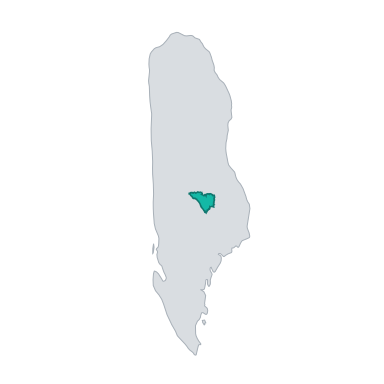 Fenoarivobe, Bongolava, Madagascar (highlighted), rotated 164°
{"feature_id": "10022922B23923498940873", "entity_name": "Fenoarivobe", "entity_type": "district", "adm_level": 2, "iso_a3": "MDG", "parent_name": "Madagascar", "parent_adm1": "Bongolava", "projection": "equal_earth", "projection_center": [46.41, -18.242], "detail": "fine", "context": "in_parent", "style": "filled", "palette": "teal", "viewbox_px": 384, "rotation_deg": 164, "n_neighbors": 0, "source": "geoboundaries", "source_scale": "gbopen_adm2", "svg_char_len": 7476}
<svg xmlns="http://www.w3.org/2000/svg" viewBox="0 0 384 384"><g transform="rotate(164 192 192)"><path d="M238.7,42.7L239.5,45.2L240.5,47.6L243.4,53.3L244.6,55.6L245.7,57.9L246.2,62.6L248.0,69.9L249.8,80.9L250.2,92.1L250.7,97.3L252.1,102.1L254.3,107.2L255.0,112.8L253.6,118.5L251.6,123.9L251.0,124.9L250.1,126.3L249.7,126.3L248.1,124.9L246.8,122.6L245.2,117.2L244.6,114.5L243.9,114.0L242.0,114.3L240.6,116.0L240.3,117.0L240.6,120.1L241.1,122.8L241.3,125.6L241.4,129.1L241.9,130.1L242.6,131.0L243.4,133.3L243.5,138.7L243.0,141.5L241.6,143.9L241.7,145.2L242.2,146.5L241.7,147.3L239.9,148.3L239.2,149.2L238.2,151.6L236.6,156.5L236.4,159.0L237.3,166.6L237.0,172.0L234.9,182.2L233.7,187.1L232.1,192.9L229.5,200.6L227.0,210.2L224.9,220.1L223.3,226.0L221.5,231.8L219.0,242.1L217.0,252.5L213.9,264.0L209.7,276.7L209.2,278.4L208.3,284.9L207.4,290.5L206.2,296.1L203.9,305.3L203.6,308.2L203.1,310.9L200.8,316.6L199.9,318.8L199.2,321.0L198.8,323.9L198.2,326.7L196.5,331.8L194.1,336.2L192.4,337.8L188.8,340.1L187.0,340.6L183.0,340.6L179.1,341.9L175.0,344.5L171.1,347.4L169.7,348.8L168.0,349.5L162.9,349.7L161.3,349.1L156.1,344.3L154.1,343.5L150.3,342.9L149.2,342.5L148.2,341.8L146.6,339.3L143.6,337.2L142.8,336.6L142.4,335.1L142.0,333.6L141.2,331.8L140.6,328.4L139.6,326.1L136.8,322.0L136.5,320.6L136.2,316.3L136.3,313.3L136.0,307.8L136.3,305.3L137.2,302.9L136.8,300.4L135.7,297.8L135.3,295.1L134.5,292.6L131.5,288.1L130.8,285.9L130.3,283.6L129.2,276.5L129.0,274.0L129.1,268.8L129.5,266.1L130.2,264.2L130.4,262.8L130.9,261.6L131.6,260.6L132.0,259.4L133.1,252.7L134.5,251.2L136.6,250.3L138.2,248.6L139.2,246.2L140.1,241.3L142.7,236.4L143.6,233.9L145.7,230.0L147.6,224.5L148.1,222.0L148.5,219.3L149.0,213.5L149.3,210.7L149.3,207.8L148.2,204.9L145.6,199.5L145.5,198.5L145.7,194.6L145.4,191.7L144.5,188.9L143.2,186.2L142.0,181.1L141.4,172.8L141.5,169.8L141.1,167.1L140.3,164.5L140.9,160.1L148.5,143.8L148.8,141.9L148.4,137.0L148.6,134.1L148.9,133.0L149.5,132.4L150.8,132.1L157.0,131.4L157.9,130.9L159.4,129.5L161.6,126.9L162.5,126.1L163.4,126.4L163.9,127.5L164.6,128.1L167.2,126.9L168.1,126.9L169.1,127.1L169.6,126.0L169.9,124.5L170.2,123.5L170.9,122.9L174.2,122.6L176.3,122.1L179.0,121.1L179.5,121.3L181.7,125.0L182.4,125.3L183.2,125.5L183.9,124.8L182.2,122.9L181.9,121.8L182.0,120.5L183.0,117.8L184.5,115.8L188.0,112.7L191.7,109.1L192.7,108.8L193.6,109.4L194.3,113.6L194.2,114.3L194.8,114.4L195.5,113.9L196.1,112.2L196.1,110.8L195.7,109.4L195.4,108.3L195.4,107.2L197.2,104.7L198.7,102.3L199.4,99.4L200.0,98.1L201.5,96.6L202.0,96.8L202.3,98.1L202.5,99.3L202.1,100.6L201.6,101.9L201.3,103.5L202.2,103.9L203.0,103.5L204.2,100.4L205.6,97.6L206.4,96.1L207.4,95.0L209.1,95.2L210.8,95.9L208.1,92.9L207.4,88.7L210.6,81.5L210.7,80.0L211.1,79.6L211.3,79.0L209.7,76.6L209.4,75.4L209.6,73.6L210.4,71.9L211.1,70.8L212.2,70.4L213.0,71.0L214.7,73.0L215.9,73.3L217.4,71.4L218.6,69.0L220.4,67.3L222.4,66.3L225.5,62.6L227.6,54.7L227.7,52.4L227.3,49.6L226.6,46.9L225.4,43.6L225.7,42.9L227.4,43.3L228.0,42.9L229.8,39.9L232.9,34.3L233.9,34.3L234.7,35.3L235.1,36.9L235.7,38.0L237.7,40.7L238.7,42.7ZM217.5,64.8L217.5,65.7L215.2,65.4L214.8,62.4L216.0,62.3L216.2,61.1L216.9,60.9L217.7,63.6L217.5,64.8ZM245.2,148.6L243.2,152.9L243.7,149.3L246.1,144.1L246.7,143.7L245.2,148.6Z" fill="#d9dde1" stroke="#a8b0b8" stroke-width="1"/><path d="M185.1,169.0L184.9,168.7L184.7,168.8L184.5,168.4L184.3,168.4L184.2,168.2L184.0,168.7L183.9,168.8L183.7,168.9L183.6,168.7L183.6,168.8L183.4,169.0L183.2,168.9L183.1,169.1L182.9,169.2L182.8,169.4L182.7,169.5L182.5,169.8L182.4,169.7L182.3,169.8L182.3,170.0L182.4,170.3L182.2,170.3L181.9,170.4L181.8,170.2L181.7,170.2L181.4,170.2L181.3,170.3L181.2,170.4L181.1,170.6L180.9,170.6L180.9,170.9L180.7,171.1L180.6,170.9L180.3,171.1L180.3,171.4L180.2,171.2L180.0,170.7L179.9,170.7L179.8,170.9L179.8,171.1L179.7,171.1L179.4,171.3L179.4,171.5L179.2,172.3L178.9,173.0L178.7,172.7L178.4,172.7L178.1,172.6L177.8,172.7L176.8,172.7L176.5,172.6L176.0,172.0L175.3,171.6L175.3,171.8L175.4,172.0L175.3,172.4L175.3,172.6L175.1,173.0L175.0,173.3L175.0,173.5L174.9,173.8L174.8,173.7L174.8,173.8L174.5,174.1L174.4,174.3L174.3,174.2L174.2,174.2L174.3,174.4L174.4,174.5L174.3,174.8L174.2,174.9L174.2,175.1L174.0,175.4L174.1,175.5L173.8,175.9L173.8,176.1L174.0,176.4L173.9,176.5L173.8,176.4L173.5,176.5L173.5,176.9L173.5,177.0L173.4,177.2L173.3,177.3L173.2,177.3L173.1,177.5L172.9,177.6L172.8,177.8L173.0,177.8L173.0,178.0L172.9,178.0L172.9,178.4L172.7,178.5L172.7,179.0L172.6,179.3L172.7,179.5L172.7,179.8L172.4,180.2L172.2,180.1L172.1,180.4L172.0,180.5L171.8,180.5L171.6,180.8L171.7,181.0L171.8,181.1L171.5,181.9L171.6,182.3L171.5,182.5L171.6,182.8L171.9,182.7L172.0,182.8L172.1,182.7L172.3,182.9L172.5,182.8L172.6,182.6L172.8,182.6L172.9,182.9L173.1,182.9L173.2,183.0L173.3,183.4L173.2,183.6L173.2,183.9L173.4,184.1L173.6,184.2L173.9,184.4L173.9,184.5L174.2,184.7L174.2,184.9L174.5,185.1L174.8,185.3L175.1,185.4L175.3,185.3L175.5,185.4L175.9,185.3L176.0,185.5L176.4,185.6L176.5,185.6L176.5,185.4L176.7,185.6L176.8,185.5L177.0,185.5L177.3,185.7L177.4,185.9L177.5,186.0L177.8,186.0L177.9,185.9L178.1,185.9L178.4,185.8L178.6,185.9L178.8,185.5L179.1,185.4L179.3,185.1L179.4,184.7L179.5,184.5L179.6,184.3L179.7,184.8L179.6,185.5L179.8,185.8L180.0,185.9L180.1,186.0L180.4,186.0L180.6,185.8L180.7,185.6L180.8,185.6L181.1,185.1L181.3,185.1L181.3,185.4L181.5,185.5L182.0,185.5L182.1,185.8L182.3,186.1L182.6,186.3L182.7,186.5L183.0,186.6L183.0,186.9L183.2,187.0L182.9,187.1L182.8,187.4L182.7,187.4L182.6,187.5L182.5,187.8L182.5,188.0L182.4,188.3L182.5,188.2L182.8,188.2L182.9,188.3L183.0,188.4L183.0,188.5L182.9,188.7L183.1,188.7L183.5,189.0L183.6,189.4L183.7,189.5L184.0,189.5L184.4,189.6L184.5,189.6L184.8,189.6L185.0,189.5L185.4,189.7L185.7,189.8L185.7,190.0L185.8,190.1L186.1,190.3L186.4,190.3L186.7,190.2L186.8,190.2L186.8,190.3L187.0,190.2L187.2,190.3L188.0,190.0L188.3,189.9L188.5,190.0L188.8,189.9L189.1,190.5L189.5,190.7L189.6,190.8L189.6,191.0L189.8,191.0L190.0,191.1L190.4,191.0L190.5,190.9L190.8,190.8L191.0,190.9L191.1,190.6L191.4,190.7L191.5,190.7L191.6,190.9L191.8,191.0L191.9,191.3L192.0,191.5L192.4,191.6L192.4,191.4L192.7,191.5L193.2,191.7L193.4,191.8L193.5,191.8L193.6,191.6L194.0,191.5L194.0,191.4L194.2,191.5L194.6,191.5L195.0,191.6L195.3,191.0L195.1,190.9L194.9,190.7L194.7,190.6L194.6,190.4L194.4,190.1L194.4,189.9L194.3,189.5L194.3,189.4L194.1,188.9L194.0,188.6L193.8,188.4L193.8,188.5L193.4,188.0L193.3,187.7L193.2,187.6L193.2,187.3L193.1,186.9L193.0,186.6L192.9,186.4L193.0,186.2L192.9,186.0L192.7,186.0L192.4,185.4L192.2,185.4L192.2,185.6L191.9,185.5L191.7,185.1L191.3,185.1L191.2,185.0L190.9,185.0L190.7,184.8L190.6,185.0L190.2,184.6L190.2,184.3L190.1,183.9L189.9,183.8L189.7,183.7L189.4,183.6L189.4,183.2L189.3,182.7L189.2,182.4L189.1,182.2L188.9,182.1L188.8,181.9L188.7,181.8L188.6,181.5L188.5,181.2L188.3,181.0L188.2,180.7L188.2,180.4L188.0,180.0L188.0,179.8L187.7,179.2L187.6,178.7L187.6,178.3L187.5,178.1L187.5,177.9L187.5,177.5L187.5,177.3L187.5,177.1L187.5,176.8L187.4,176.8L187.3,176.7L187.4,176.4L187.4,175.7L187.4,175.4L187.2,175.4L187.2,175.0L187.0,174.9L187.0,174.7L186.9,174.2L186.8,173.8L186.7,173.7L186.6,173.4L186.4,173.2L186.2,172.6L186.0,172.1L185.8,171.5L185.8,171.4L185.8,171.2L185.7,170.9L185.5,170.6L185.4,170.6L185.4,170.4L185.2,170.4L185.1,170.2L184.9,170.1L185.0,170.0L184.9,169.7L185.0,169.5L184.9,169.5L184.9,169.4L185.0,169.3L185.1,169.2L185.2,169.3L185.3,169.3L185.3,169.2L185.2,169.0L185.1,169.0Z" fill="#14b8a6" stroke="#0f766e" stroke-width="1.5"/></g></svg>